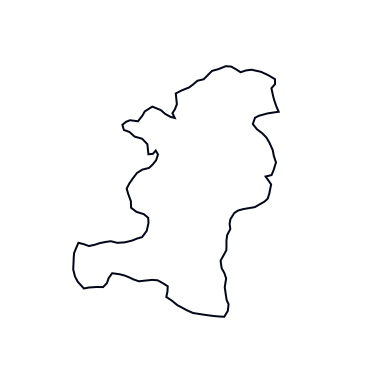 outline of Americana, São Paulo, Brazil, rotated 303°
{"feature_id": "56859067B58997870445641", "entity_name": "Americana", "entity_type": "district", "adm_level": 2, "iso_a3": "BRA", "parent_name": "Brazil", "parent_adm1": "São Paulo", "projection": "mercator", "projection_center": [-47.295, -22.724], "detail": "fine", "context": "isolated", "style": "outline", "palette": "ink", "viewbox_px": 384, "rotation_deg": 303, "n_neighbors": 0, "source": "geoboundaries", "source_scale": "gbopen_adm2", "svg_char_len": 1974}
<svg xmlns="http://www.w3.org/2000/svg" viewBox="0 0 384 384"><g transform="rotate(303 192 192)"><path d="M331.8,200.2L331.5,192.4L330.4,184.5L327.0,175.4L323.4,171.1L318.9,167.5L318.9,162.5L318.5,156.5L316.0,151.9L309.4,147.2L304.4,142.8L292.9,140.4L288.3,136.0L282.4,134.2L278.2,132.7L271.7,128.1L265.8,124.7L257.4,131.5L252.1,132.6L247.4,132.7L244.7,137.2L243.3,133.0L242.9,126.8L243.7,121.3L242.0,112.2L233.9,108.5L229.1,108.8L221.9,108.2L218.4,100.9L215.0,98.5L210.5,97.0L206.9,101.1L208.3,106.8L207.2,113.6L209.5,121.2L207.8,128.5L199.9,134.9L202.7,138.4L207.0,139.0L204.9,143.1L199.0,144.6L193.3,144.0L188.7,142.8L183.8,138.2L178.0,135.5L171.8,135.0L164.9,134.8L159.2,135.4L155.6,139.6L151.0,145.7L145.6,149.5L145.1,156.2L147.2,163.7L146.5,169.3L142.5,172.3L134.8,175.2L127.0,174.7L123.3,171.5L118.5,168.1L113.3,163.2L108.7,157.1L106.5,150.7L103.1,146.8L98.8,142.4L94.7,139.1L90.5,134.9L89.3,129.6L87.5,124.4L81.7,125.4L76.5,126.4L72.8,128.4L67.6,131.5L62.4,134.5L57.4,139.9L54.5,145.1L52.2,153.9L55.7,157.5L60.3,163.6L63.8,169.2L69.2,170.3L74.3,169.0L80.4,169.3L83.6,176.1L85.2,180.8L86.2,185.8L86.8,190.5L88.2,196.1L90.9,199.4L96.5,206.3L99.2,211.2L99.7,217.6L99.7,223.0L95.0,225.7L90.0,227.6L89.9,234.3L89.1,241.4L89.6,246.7L90.0,252.0L91.1,258.8L94.7,266.9L98.0,274.0L100.3,278.7L102.4,282.6L104.9,287.0L111.7,286.8L117.8,283.8L120.1,280.1L123.7,276.8L130.0,271.3L138.1,267.7L141.5,263.5L144.3,258.3L149.9,253.4L156.9,252.9L161.9,252.5L166.0,250.0L169.6,247.6L174.8,245.0L181.8,244.3L185.7,240.9L190.2,239.0L197.4,238.9L201.5,240.7L205.4,244.1L209.0,248.0L213.5,252.9L218.4,255.4L223.6,258.1L227.7,259.1L232.5,257.8L241.5,254.2L243.3,249.8L245.1,245.3L249.5,249.5L254.9,248.5L262.6,246.3L266.7,241.1L271.0,237.0L275.2,230.6L278.2,224.8L279.5,219.0L280.0,212.2L282.1,206.0L288.6,204.4L292.4,206.6L299.0,212.5L302.4,216.3L306.5,221.0L309.4,216.6L313.3,211.5L316.4,208.0L322.3,202.1L327.7,202.9L331.8,200.2Z" fill="none" stroke="#020617" stroke-width="2"/></g></svg>